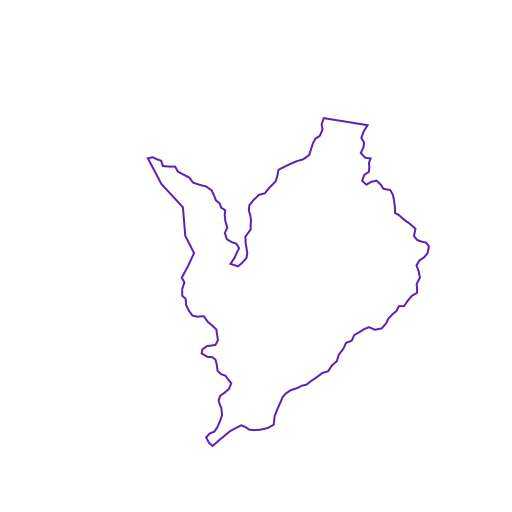 Braço do Norte, Santa Catarina, Brazil, rotated 41°
{"feature_id": "56859067B64093274156036", "entity_name": "Braço do Norte", "entity_type": "district", "adm_level": 2, "iso_a3": "BRA", "parent_name": "Brazil", "parent_adm1": "Santa Catarina", "projection": "mercator", "projection_center": [-49.147, -28.249], "detail": "fine", "context": "isolated", "style": "outline", "palette": "violet", "viewbox_px": 512, "rotation_deg": 41, "n_neighbors": 0, "source": "geoboundaries", "source_scale": "gbopen_adm2", "svg_char_len": 2513}
<svg xmlns="http://www.w3.org/2000/svg" viewBox="0 0 512 512"><g transform="rotate(41 256 256)"><path d="M383.3,157.8L382.2,152.3L383.8,146.6L383.6,141.3L380.2,135.3L375.6,134.3L371.4,136.6L367.0,138.2L362.1,137.3L358.5,130.8L350.4,130.8L345.7,131.3L341.4,131.5L337.1,131.3L332.7,132.3L329.8,129.0L325.6,125.1L319.3,120.0L314.1,118.2L308.0,121.7L303.3,120.3L297.6,120.0L294.3,124.5L292.5,129.7L286.8,129.6L284.5,123.8L286.0,118.5L283.4,114.7L280.2,111.8L278.5,107.2L273.9,110.2L267.5,109.5L265.7,103.2L263.1,99.5L258.0,97.7L255.6,91.5L254.4,84.1L216.7,107.5L219.1,113.5L223.3,117.0L225.3,123.5L223.9,128.5L225.0,133.5L227.0,138.3L229.9,144.8L228.2,152.1L224.6,157.6L221.1,164.8L216.4,176.2L219.4,181.2L221.9,187.0L221.3,195.5L221.5,202.9L218.2,207.7L217.4,215.3L217.7,222.1L220.6,226.3L224.9,229.0L228.4,231.9L231.5,235.9L234.6,239.6L235.3,248.4L239.9,253.2L243.2,255.9L247.2,259.2L250.1,263.6L250.0,270.5L249.2,275.6L241.9,278.7L241.0,271.5L239.2,265.7L238.1,261.2L233.2,259.6L228.7,261.4L223.1,262.5L217.4,259.1L215.7,253.4L209.6,249.5L205.4,245.5L202.7,241.6L198.3,242.4L194.0,240.2L189.0,240.2L185.1,238.1L179.6,235.6L172.9,236.2L167.2,239.1L160.3,241.9L154.3,240.6L148.1,242.1L141.8,243.6L136.3,241.6L132.2,245.2L126.7,249.2L121.9,246.3L117.6,248.1L113.3,249.2L110.3,253.2L137.3,263.7L168.9,267.2L189.3,287.1L207.4,294.5L211.6,309.4L214.2,321.1L219.3,322.9L222.0,329.4L226.4,334.4L231.0,334.5L235.5,338.9L241.8,341.5L247.2,342.6L251.7,340.2L256.0,335.7L262.7,337.3L268.6,337.2L274.4,337.5L278.6,341.2L282.5,344.5L283.7,349.8L278.2,356.1L276.8,361.5L279.0,365.3L285.7,363.9L289.4,361.0L293.4,360.8L297.8,363.9L302.4,367.9L307.1,368.1L311.5,366.4L316.2,367.4L320.8,368.2L322.8,373.9L322.1,379.1L320.7,384.9L322.4,389.4L325.9,391.7L329.6,393.5L334.9,398.5L336.9,403.5L339.1,410.3L339.8,415.8L337.6,420.1L337.3,425.6L343.3,427.9L347.9,427.9L349.1,418.6L350.4,411.0L351.3,405.3L353.4,399.7L355.9,393.5L360.3,392.0L364.8,391.5L369.1,388.4L373.3,384.2L377.8,378.0L380.0,371.6L375.1,364.6L372.5,357.3L370.2,349.6L368.7,345.0L368.7,340.2L370.3,334.4L374.0,328.2L375.6,323.9L378.5,320.0L379.4,314.9L380.7,310.2L381.8,305.6L382.9,300.6L386.0,295.8L385.1,288.8L386.0,282.2L383.3,276.5L382.6,268.0L380.9,262.5L383.8,257.2L382.0,251.2L384.0,245.6L385.6,240.2L388.0,235.6L394.2,233.6L398.4,228.1L398.4,221.5L397.0,216.5L397.2,210.5L398.1,205.5L396.8,200.2L400.6,196.7L399.9,190.4L399.7,184.2L401.7,178.1L398.8,174.7L395.6,171.7L393.9,164.8L388.8,160.8L383.3,157.8Z" fill="none" stroke="#5b21b6" stroke-width="2"/></g></svg>